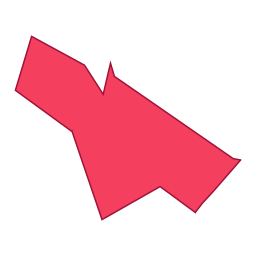 outline of Belle Plain, Soufrière, Saint Lucia
{"feature_id": "8701671B19516927692390", "entity_name": "Belle Plain", "entity_type": "district", "adm_level": 2, "iso_a3": "LCA", "parent_name": "Saint Lucia", "parent_adm1": "Soufrière", "projection": "equal_earth", "projection_center": [-61.03, 13.828], "detail": "fine", "context": "isolated", "style": "filled", "palette": "rose", "viewbox_px": 256, "rotation_deg": 0, "n_neighbors": 0, "source": "geoboundaries", "source_scale": "gbopen_adm2", "svg_char_len": 370}
<svg xmlns="http://www.w3.org/2000/svg" viewBox="0 0 256 256"><path d="M84.5,65.2L31.6,36.4L15.4,90.3L71.5,131.2L71.9,130.8L77.3,146.9L102.0,219.6L160.0,186.6L160.4,186.8L195.1,212.3L195.4,212.5L195.5,212.1L202.4,203.2L213.2,191.5L240.6,160.0L240.5,159.9L233.3,158.7L114.4,76.4L110.5,63.2L103.2,94.3L84.5,65.2Z" fill="#f43f5e" stroke="#9f1239" stroke-width="1.5"/></svg>